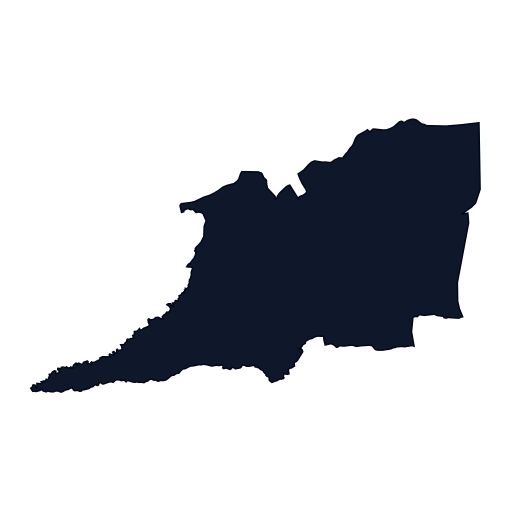 Villa Guerrero, México, Mexico, rotated 91°
{"feature_id": "50627088B69956454145836", "entity_name": "Villa Guerrero", "entity_type": "district", "adm_level": 2, "iso_a3": "MEX", "parent_name": "Mexico", "parent_adm1": "México", "projection": "albers", "projection_center": [-99.664, 18.941], "detail": "fine", "context": "isolated", "style": "filled", "palette": "ink", "viewbox_px": 512, "rotation_deg": 91, "n_neighbors": 0, "source": "geoboundaries", "source_scale": "gbopen_adm2", "svg_char_len": 6132}
<svg xmlns="http://www.w3.org/2000/svg" viewBox="0 0 512 512"><g transform="rotate(91 256 256)"><path d="M203.7,322.5L205.0,331.7L207.0,332.9L213.7,331.2L213.0,329.1L212.4,329.5L210.6,327.2L209.6,324.3L209.8,323.6L210.4,323.5L210.4,322.8L210.8,322.5L210.5,319.7L213.6,316.7L213.0,314.5L213.5,311.5L214.4,309.8L221.7,306.4L227.1,308.3L237.5,308.5L243.6,311.5L248.8,316.4L249.8,316.9L250.8,316.5L251.9,317.4L252.9,316.4L253.7,316.4L254.1,315.9L255.1,316.4L255.6,316.1L256.0,316.7L257.8,317.1L258.4,317.8L259.5,317.6L260.4,318.9L263.5,321.1L264.8,321.4L264.5,322.3L265.7,323.7L267.9,325.1L268.2,323.6L268.2,320.7L268.9,319.1L273.5,320.5L276.3,320.3L280.1,321.4L281.1,322.2L284.5,322.2L286.6,323.3L287.7,322.2L288.7,323.8L290.2,324.3L289.6,326.1L291.2,325.9L291.2,326.8L292.8,326.5L293.0,327.5L294.0,327.5L294.0,329.0L296.0,330.1L297.1,332.3L299.0,331.8L300.0,333.0L301.5,332.9L302.5,333.6L301.8,335.3L302.4,336.1L304.2,336.5L304.5,338.7L307.7,337.6L307.7,339.0L305.2,340.6L305.3,342.9L306.2,344.2L308.1,341.6L310.5,340.2L313.7,342.2L313.7,344.4L315.7,345.4L316.5,347.1L318.6,348.7L320.1,347.8L320.7,348.8L320.1,350.7L319.1,352.3L319.2,355.2L321.1,357.1L321.7,360.2L320.7,362.0L321.5,362.9L324.0,362.5L326.5,361.3L328.1,362.0L330.5,367.6L331.8,368.4L332.0,370.5L330.6,371.3L333.2,373.2L333.6,376.3L336.8,376.2L337.6,377.9L339.8,377.1L340.9,378.7L340.7,380.0L341.6,381.3L341.3,382.9L342.1,383.8L343.6,383.5L345.2,385.4L346.8,386.0L347.1,389.7L348.8,388.7L352.0,388.3L353.0,392.0L351.7,392.9L352.0,393.7L355.3,393.6L355.7,394.7L354.0,396.5L354.6,397.7L357.2,396.5L357.4,398.2L356.5,400.5L357.2,401.0L359.4,400.5L359.4,407.8L360.6,410.2L362.6,410.5L363.2,412.3L365.1,415.5L365.3,417.8L364.8,418.5L365.5,419.3L366.5,418.9L367.4,419.6L365.9,422.4L364.5,422.1L363.9,422.8L365.3,426.5L367.4,427.5L367.3,429.3L366.2,431.2L366.6,432.3L367.9,432.7L366.8,433.2L366.2,434.1L368.4,436.6L369.8,437.0L371.1,436.4L371.5,437.0L370.2,439.1L371.4,439.4L371.0,440.9L371.5,441.6L370.1,443.6L371.0,444.7L370.4,446.9L370.7,448.7L372.4,449.2L371.8,451.0L371.8,452.2L372.9,452.3L374.8,450.8L375.2,449.5L375.9,450.2L377.0,453.8L375.9,454.2L374.7,454.1L374.3,455.3L374.9,456.7L376.1,457.9L377.5,458.4L378.0,460.7L379.5,460.2L381.1,461.2L382.5,461.1L383.2,462.0L382.9,463.6L385.2,464.6L385.3,465.1L384.6,465.8L385.6,468.7L386.6,467.7L387.5,468.8L387.2,472.8L391.9,472.8L391.2,474.0L389.1,474.5L388.7,475.7L389.0,476.9L390.9,477.3L392.1,478.9L395.2,476.9L395.0,475.4L395.3,474.1L395.1,472.5L394.2,469.6L393.3,468.8L393.2,468.2L394.7,466.3L395.4,463.9L395.4,463.1L394.5,462.0L395.1,460.2L395.4,456.3L394.5,454.1L394.4,451.6L395.5,448.6L395.1,447.2L393.2,444.0L392.6,441.1L391.7,439.9L390.8,437.2L393.0,436.3L393.8,435.1L393.5,431.9L394.3,430.0L394.1,428.3L392.8,427.1L392.7,425.3L391.5,420.9L390.0,418.9L389.5,416.8L387.6,415.0L387.6,414.3L388.2,412.2L388.0,411.6L387.5,411.2L386.1,411.0L385.3,409.3L385.2,408.9L386.5,407.5L386.7,406.5L384.4,400.2L384.3,398.2L384.8,396.6L382.6,394.3L382.2,393.2L382.3,390.0L383.0,388.6L382.4,386.1L382.6,385.3L384.1,383.7L382.8,382.4L382.8,381.7L384.2,376.9L384.3,374.5L383.9,372.7L384.4,371.0L384.2,368.2L384.6,366.1L384.4,365.4L383.2,363.7L382.9,362.0L381.4,360.5L380.9,358.4L382.0,355.9L381.8,354.2L382.9,352.0L382.8,351.0L382.0,349.3L382.2,346.6L381.5,344.0L380.4,342.3L377.0,338.5L376.6,335.9L375.1,334.0L374.3,330.8L372.8,329.9L370.2,327.2L369.9,324.9L367.2,319.8L366.9,316.7L365.6,310.9L365.8,308.7L365.2,307.6L365.4,304.2L366.8,298.2L365.8,293.3L366.2,291.0L365.7,289.0L365.7,287.7L366.4,286.9L367.0,286.8L368.2,287.3L368.9,287.0L369.2,286.3L368.5,284.0L369.9,280.0L369.1,278.8L367.8,278.0L368.0,276.5L369.1,274.5L368.1,269.7L367.0,268.6L365.4,268.1L365.2,267.4L365.6,265.2L366.4,263.6L366.2,259.9L365.2,256.1L367.0,254.7L366.9,253.4L367.4,252.8L367.7,251.4L369.3,249.5L370.5,246.9L371.9,246.2L373.1,245.1L373.5,244.2L375.0,244.0L375.8,243.3L376.6,241.4L377.3,240.8L380.2,240.5L382.1,237.9L381.3,235.8L380.6,234.8L380.6,233.5L378.5,230.0L378.7,228.7L377.9,226.2L377.2,226.0L377.1,226.6L376.7,226.6L372.8,226.1L373.4,225.0L373.7,222.7L373.3,221.0L370.8,221.5L368.5,221.5L367.4,220.2L367.5,219.0L365.4,215.6L362.5,216.0L361.5,215.4L360.8,214.0L359.7,212.8L351.1,207.7L350.3,208.2L350.2,207.8L349.1,208.2L348.2,209.1L347.9,211.0L347.3,209.6L346.8,209.6L345.4,208.3L344.3,208.1L342.3,205.1L340.6,205.1L338.1,201.2L337.4,198.4L335.8,195.8L335.0,193.0L335.1,186.9L338.7,186.6L343.8,185.3L342.4,179.8L342.7,178.3L343.9,176.1L345.9,173.9L345.6,172.6L344.2,171.0L344.5,166.2L343.5,159.6L343.5,158.1L344.6,154.0L343.9,149.7L343.2,141.0L343.7,138.1L346.7,135.8L347.5,134.8L348.0,132.5L347.9,127.7L346.6,120.2L346.1,118.7L345.2,117.2L345.2,115.8L344.3,113.6L343.9,108.9L344.1,105.8L343.0,99.5L342.9,97.8L343.4,96.4L329.1,99.2L314.2,98.0L314.1,96.6L313.4,95.2L313.9,93.8L311.8,91.7L312.4,86.6L311.1,76.8L312.4,73.5L313.0,67.7L314.4,66.9L314.8,64.8L314.4,63.7L313.6,63.4L314.2,61.9L314.6,51.9L313.7,50.5L313.2,48.3L305.0,51.8L297.6,53.6L279.0,54.2L219.2,44.0L209.4,44.9L210.5,51.1L203.5,41.6L199.2,37.4L185.4,33.1L118.9,35.4L121.2,52.4L122.8,68.2L122.7,87.7L121.7,89.6L121.0,92.9L118.0,96.8L117.0,98.5L116.6,100.0L116.5,102.6L117.7,106.5L119.9,109.9L119.9,110.4L118.7,112.9L119.4,115.0L124.5,120.6L126.3,124.0L127.7,127.8L127.8,131.1L127.0,140.3L127.2,141.5L130.0,144.3L127.8,146.8L129.2,148.5L133.2,155.7L134.4,157.0L136.6,158.5L142.7,160.8L144.6,161.9L146.8,163.9L151.1,166.7L152.0,167.8L155.3,170.2L156.7,170.9L156.4,174.9L157.8,177.2L158.2,178.6L161.0,182.3L161.3,183.3L160.9,188.2L161.0,191.7L159.9,198.9L160.3,200.1L161.4,202.4L163.7,204.9L169.5,210.0L173.1,215.3L176.0,214.3L182.3,211.3L188.2,207.4L190.3,206.5L191.5,206.5L193.6,208.7L194.8,210.7L195.8,213.5L196.7,214.2L198.3,214.5L184.5,223.5L185.1,225.1L186.6,227.4L192.7,233.5L195.2,235.2L199.1,237.0L199.0,237.6L198.4,237.9L196.3,237.9L195.6,238.4L187.9,245.9L185.8,246.1L185.5,246.5L180.0,246.9L177.4,249.7L174.1,251.2L172.7,252.4L172.6,253.9L171.9,254.8L171.9,271.7L173.5,272.6L179.6,274.7L181.5,276.1L184.0,279.3L186.0,286.4L187.8,290.4L191.4,295.0L193.7,298.7L196.0,303.0L198.2,309.4L202.7,318.4L203.7,322.5Z" fill="#0f172a" stroke="#020617" stroke-width="1.5"/></g></svg>